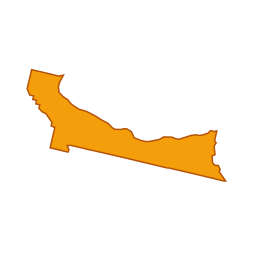 the district of Multnomah, Oregon, United States of America, rotated 13°
{"feature_id": "52423323B6223191641885", "entity_name": "Multnomah", "entity_type": "district", "adm_level": 2, "iso_a3": "USA", "parent_name": "United States of America", "parent_adm1": "Oregon", "projection": "equal_earth", "projection_center": [-122.428, 45.581], "detail": "fine", "context": "isolated", "style": "filled", "palette": "amber", "viewbox_px": 256, "rotation_deg": 13, "n_neighbors": 0, "source": "geoboundaries", "source_scale": "gbopen_adm2", "svg_char_len": 1337}
<svg xmlns="http://www.w3.org/2000/svg" viewBox="0 0 256 256"><g transform="rotate(13 128 128)"><path d="M56.6,164.8L57.6,164.8L58.6,164.8L64.1,164.9L74.9,165.0L75.4,162.5L72.6,158.7L76.3,157.8L84.1,157.8L85.0,157.8L90.4,157.8L92.4,157.9L94.5,157.9L98.4,157.8L126.2,157.8L175.8,158.1L176.5,157.8L203.5,157.8L233.6,158.1L235.1,157.7L226.5,149.9L227.2,147.8L224.4,144.2L220.7,144.8L218.2,142.8L216.2,136.4L218.8,134.4L216.0,126.3L217.2,122.7L215.2,120.5L215.2,110.9L212.6,112.1L209.4,111.9L208.7,112.3L207.2,115.0L204.0,116.9L203.4,117.4L199.4,119.2L195.8,119.4L191.6,120.8L180.5,127.3L178.5,127.8L175.8,127.5L175.2,127.4L173.0,127.0L164.7,128.7L161.2,132.1L152.1,136.2L149.5,137.0L148.7,137.2L143.3,137.2L136.2,136.1L132.1,130.8L126.8,129.1L124.6,129.5L122.7,130.4L120.9,131.2L115.5,132.2L112.6,131.3L108.6,128.6L107.7,128.2L105.2,127.3L102.7,126.7L99.1,125.7L94.4,123.9L94.0,123.8L88.0,122.2L87.1,122.0L83.9,121.2L75.9,120.7L69.9,118.6L66.8,117.0L62.5,113.8L57.8,112.1L53.1,109.0L52.8,108.9L50.8,103.1L51.2,98.3L53.2,91.0L48.8,93.0L21.0,92.8L20.9,112.5L24.8,118.0L28.9,118.0L28.8,121.6L32.6,121.6L32.8,125.2L36.8,125.2L36.7,128.8L40.7,131.6L44.7,132.4L48.7,136.0L52.6,139.7L52.6,143.2L56.6,144.0L56.6,146.2L56.6,146.8L56.6,150.4L56.6,150.8L56.6,156.2L56.6,163.5L56.6,164.8Z" fill="#f59e0b" stroke="#b45309" stroke-width="1.5"/></g></svg>